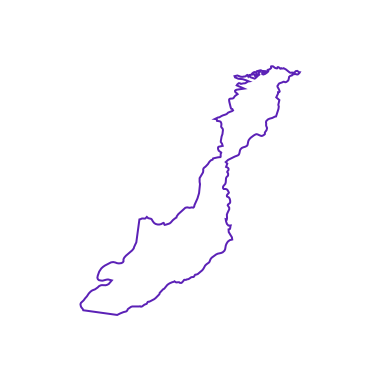 the Department of Bolívar, rotated 55°
{"feature_id": "COL-1413", "entity_name": "Bolívar", "entity_type": "Department", "adm_level": 1, "iso_a3": "COL", "parent_name": "Colombia", "parent_adm1": "", "projection": "robinson", "projection_center": [-74.836, 8.903], "detail": "fine", "context": "isolated", "style": "outline", "palette": "violet", "viewbox_px": 384, "rotation_deg": 55, "n_neighbors": 0, "source": "natural_earth", "source_scale": "10m", "svg_char_len": 5987}
<svg xmlns="http://www.w3.org/2000/svg" viewBox="0 0 384 384"><g transform="rotate(55 192 192)"><path d="M130.3,94.2L129.8,92.9L129.7,91.3L130.4,90.4L131.0,90.2L131.5,89.9L132.5,87.6L133.3,86.3L133.5,85.4L133.6,82.8L134.0,82.0L131.7,83.5L128.7,85.7L125.8,89.1L122.8,91.0L121.5,90.7L122.6,88.0L125.6,85.9L126.8,84.3L127.2,83.2L127.8,82.3L128.0,81.3L127.7,80.3L127.9,79.6L129.6,79.7L129.2,79.0L129.0,78.3L129.2,77.6L129.6,76.9L130.2,78.6L131.6,78.2L134.2,76.3L135.1,75.6L135.0,73.7L134.6,71.5L134.5,69.6L134.0,69.6L133.4,70.0L133.0,69.5L132.5,67.3L132.0,67.3L131.6,68.6L131.2,68.9L130.5,69.0L131.5,66.2L131.9,65.7L132.8,65.3L133.3,64.8L135.4,62.2L136.0,61.7L135.7,63.1L134.9,64.8L134.6,66.2L135.8,66.8L136.7,66.1L137.2,64.3L137.2,62.2L137.0,60.6L136.7,60.2L135.5,60.0L135.5,59.5L136.0,58.3L135.9,56.4L135.6,55.8L134.8,55.5L134.5,55.2L134.8,54.4L135.5,53.6L136.3,53.3L137.1,53.1L138.0,52.8L138.8,52.2L139.5,51.5L139.5,51.1L138.9,50.3L139.0,49.9L140.6,49.0L141.2,49.1L141.7,48.9L141.9,47.9L142.2,47.9L142.7,47.1L143.2,46.3L143.2,45.9L145.4,44.8L150.2,43.4L150.9,42.8L151.6,41.5L152.2,40.7L152.6,40.6L153.4,41.0L153.7,41.2L153.8,41.7L153.4,42.2L153.4,42.6L153.8,43.1L153.8,43.5L153.3,44.7L153.3,45.4L153.4,46.4L155.5,48.6L155.8,49.5L156.0,50.1L155.9,51.9L155.7,52.4L155.4,52.8L154.7,53.2L154.1,53.9L154.0,55.0L153.1,58.2L153.3,59.2L154.0,60.6L154.0,60.9L154.3,61.3L154.8,61.6L157.6,61.9L159.7,62.4L160.0,62.6L160.2,63.2L159.6,64.3L160.7,65.0L162.8,68.7L166.8,67.7L170.1,71.3L171.8,71.9L173.6,73.6L178.3,79.8L177.8,80.9L177.4,83.7L176.4,86.5L176.1,88.2L176.5,90.5L177.3,91.4L178.5,92.0L179.8,93.0L180.4,93.3L182.6,93.8L183.0,94.2L184.1,95.5L185.0,98.1L185.3,98.4L186.3,99.0L186.5,99.7L186.4,101.9L185.9,103.0L185.0,103.7L182.5,105.2L181.7,105.9L181.3,106.9L181.1,108.8L181.2,112.5L181.5,114.2L182.1,115.9L182.8,116.9L185.3,119.5L185.7,120.8L185.4,122.6L184.8,124.4L184.5,126.0L184.8,127.7L185.4,128.8L187.3,130.8L188.2,132.1L188.3,133.4L187.5,136.7L186.4,144.0L186.8,147.2L189.0,146.8L191.0,149.7L191.9,149.1L192.9,148.7L193.8,148.7L194.7,149.3L195.1,149.9L195.4,151.1L195.7,151.6L196.1,151.8L197.1,151.7L197.5,151.8L198.7,152.6L199.2,153.1L199.4,153.8L199.5,154.8L199.9,155.7L200.3,156.3L203.3,158.7L204.4,160.0L205.1,162.7L205.5,163.5L206.2,164.1L206.9,164.4L207.7,164.3L208.1,163.8L208.9,162.6L210.1,161.9L211.2,161.8L213.6,162.1L213.9,162.5L214.4,164.7L214.8,165.4L215.7,165.9L216.4,165.6L217.0,165.2L217.8,164.9L219.1,165.0L220.8,165.6L222.2,166.5L222.8,167.4L222.9,169.7L223.4,170.4L226.2,170.5L227.5,171.4L229.4,174.8L230.5,176.4L233.5,178.3L234.5,179.3L233.6,180.0L235.7,181.0L238.2,181.7L240.4,181.4L241.6,179.5L242.3,180.4L243.3,181.2L244.0,182.2L243.6,183.5L245.9,184.9L252.0,185.3L254.0,186.3L253.1,188.7L253.2,191.1L254.1,193.3L255.2,195.0L257.8,197.6L258.7,199.1L259.0,201.5L258.6,203.2L257.3,206.3L257.0,208.0L257.1,213.4L257.5,215.0L258.0,215.9L259.2,217.7L259.5,218.7L259.5,221.5L259.8,223.4L261.4,226.6L262.0,228.5L262.5,234.3L262.2,235.6L261.6,236.8L261.8,237.6L262.2,238.3L262.5,239.3L262.3,239.8L261.7,240.8L261.4,241.5L261.4,244.0L261.3,244.9L260.6,246.5L260.5,247.4L259.7,248.4L259.5,248.8L259.6,249.3L259.9,250.0L260.4,252.3L260.3,253.0L259.5,254.0L258.7,254.2L258.1,254.9L257.0,256.8L255.2,257.6L255.3,257.8L254.5,260.1L254.0,262.6L253.9,264.2L254.0,265.7L255.3,270.3L255.1,271.4L256.1,276.3L256.8,277.0L257.1,277.7L258.0,282.6L258.1,284.4L257.5,289.1L257.3,290.1L256.8,290.7L256.7,291.4L257.6,293.3L257.0,295.6L257.1,298.4L256.7,299.6L255.8,300.1L255.5,300.9L251.5,306.6L251.1,307.9L251.1,311.1L251.2,311.9L251.9,313.0L252.1,313.9L252.0,314.7L251.1,317.0L250.3,320.4L249.8,323.8L226.5,348.9L225.1,348.6L223.0,348.8L221.6,348.5L219.9,347.7L219.1,346.5L218.6,342.9L217.8,340.6L217.2,338.0L215.9,334.7L215.4,332.1L215.4,330.1L216.1,327.3L216.1,324.0L215.8,322.1L216.1,320.3L216.6,319.2L218.8,316.3L219.3,315.0L219.6,313.0L218.4,308.4L215.5,310.9L214.7,312.4L213.4,316.0L212.5,317.2L210.8,318.8L209.4,319.1L208.0,318.7L206.5,317.2L204.0,313.7L202.6,310.2L202.3,308.0L202.3,305.5L203.2,298.7L204.2,296.7L205.7,295.3L207.3,294.2L208.6,292.8L209.8,290.5L209.9,289.0L209.6,288.0L207.8,286.7L206.9,285.1L206.3,282.7L205.5,274.5L204.8,272.1L204.0,271.2L202.7,269.0L201.3,266.5L184.3,250.8L184.8,249.5L184.9,248.5L185.3,247.7L186.8,245.8L186.9,245.2L186.5,243.3L188.3,242.9L190.4,241.0L191.2,240.7L193.6,240.9L195.5,240.8L197.2,240.2L198.7,239.0L199.8,237.6L200.6,235.7L200.8,233.6L201.0,233.0L201.3,232.9L201.9,233.2L203.2,233.3L203.7,232.3L204.7,229.2L204.9,228.2L204.8,226.8L204.1,223.9L203.9,221.6L203.9,219.8L204.0,219.4L203.2,218.5L202.3,216.0L201.1,206.5L201.8,204.8L203.6,203.0L204.5,201.0L205.5,200.0L205.5,199.3L205.1,198.5L204.1,197.4L200.4,191.2L197.0,186.9L190.1,180.9L188.1,180.0L185.0,177.8L182.3,171.8L181.0,170.5L180.3,170.2L179.6,169.5L179.2,168.8L179.0,167.6L179.0,166.5L178.3,163.0L177.3,160.6L177.0,159.1L176.9,158.1L177.3,156.6L176.6,155.5L176.9,154.7L178.4,151.0L179.7,148.7L179.3,148.1L178.7,147.7L177.2,146.6L176.6,145.5L176.0,145.5L175.1,145.9L173.5,146.4L172.0,146.1L170.9,145.5L170.4,145.0L170.2,144.3L171.8,140.4L169.6,139.7L167.5,139.7L166.6,139.0L163.5,135.9L162.0,133.8L159.1,131.2L158.1,130.7L157.2,130.6L156.3,130.8L155.3,130.7L153.2,128.9L151.9,128.4L150.8,128.3L149.9,128.8L148.1,130.7L146.6,130.0L145.3,131.4L145.9,127.8L146.5,126.8L146.7,124.1L147.0,122.6L147.8,120.0L148.0,118.8L147.7,116.8L148.3,114.2L148.7,112.8L148.7,111.6L147.2,111.4L146.2,112.1L145.2,111.9L139.5,109.7L137.8,108.8L137.3,107.9L137.5,107.1L138.5,105.5L138.8,104.7L138.8,103.9L138.2,102.4L138.0,101.4L138.0,98.5L136.7,98.7L135.5,99.1L134.5,99.1L133.8,98.7L133.6,97.9L133.9,96.6L137.2,90.0L130.3,94.2ZM155.8,39.0L155.8,38.6L154.7,39.7L154.3,40.3L152.9,39.4L152.5,37.8L153.1,36.4L155.6,35.4L155.8,35.1L156.1,35.7L156.4,37.7L155.8,39.0ZM129.9,71.6L130.7,70.7L131.3,71.1L132.2,71.6L133.5,72.0L133.7,73.0L132.9,73.9L131.3,73.5L130.7,74.0L130.5,75.0L130.3,75.6L129.7,75.6L129.4,74.6L129.3,73.2L129.5,72.2L129.9,71.6Z" fill="none" stroke="#5b21b6" stroke-width="2"/></g></svg>